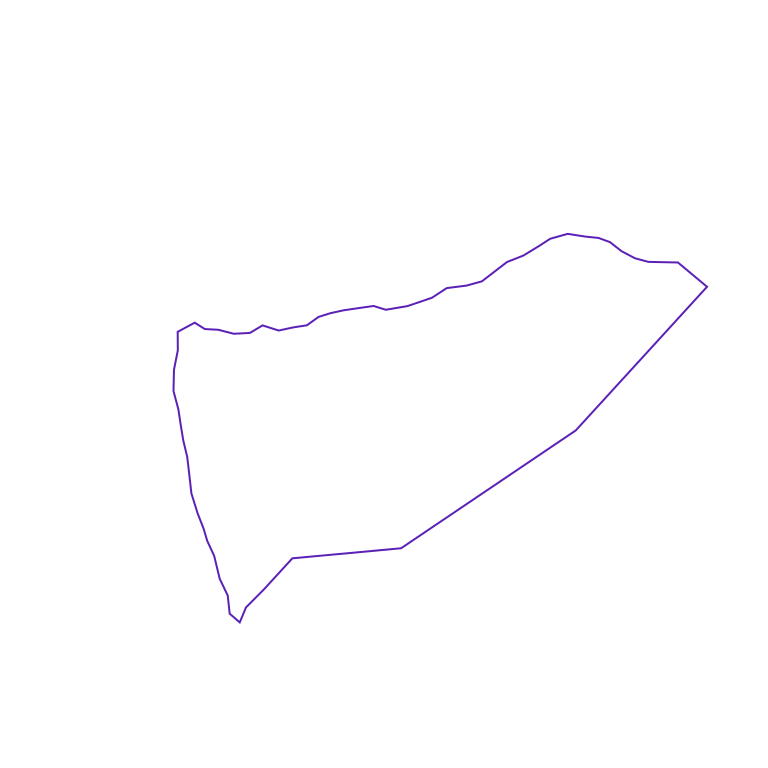 the district of São Miguel dos Milagres, Alagoas, Brazil, rotated 128°
{"feature_id": "56859067B37643170817280", "entity_name": "São Miguel dos Milagres", "entity_type": "district", "adm_level": 2, "iso_a3": "BRA", "parent_name": "Brazil", "parent_adm1": "Alagoas", "projection": "mercator", "projection_center": [-35.405, -9.238], "detail": "fine", "context": "isolated", "style": "outline", "palette": "violet", "viewbox_px": 768, "rotation_deg": 128, "n_neighbors": 0, "source": "geoboundaries", "source_scale": "gbopen_adm2", "svg_char_len": 862}
<svg xmlns="http://www.w3.org/2000/svg" viewBox="0 0 768 768"><g transform="rotate(128 384 384)"><path d="M469.9,578.7L484.4,567.2L502.2,558.2L519.2,545.5L530.5,530.5L541.3,519.1L551.9,507.6L562.7,494.1L574.8,482.1L588.8,468.4L600.7,451.2L609.0,437.2L616.4,426.8L624.0,412.0L638.6,393.6L646.9,376.9L660.0,364.2L660.7,350.9L645.0,355.2L620.1,352.2L577.8,348.9L502.9,269.4L302.5,204.3L108.5,189.3L107.3,227.2L117.4,240.7L125.0,250.9L130.4,263.6L133.1,278.6L133.1,293.3L136.8,304.8L144.0,316.3L152.6,331.7L167.3,342.5L178.7,346.4L196.9,353.2L212.2,362.2L242.9,370.1L255.7,379.6L269.8,393.6L286.5,399.3L308.2,413.5L324.4,428.3L328.9,440.2L337.7,448.7L351.0,461.4L361.3,469.9L371.4,476.9L385.2,480.9L395.3,490.4L406.7,499.9L412.6,515.8L426.3,521.1L436.9,533.3L443.3,548.0L451.0,559.0L452.2,570.9L469.9,578.7Z" fill="none" stroke="#5b21b6" stroke-width="2"/></g></svg>